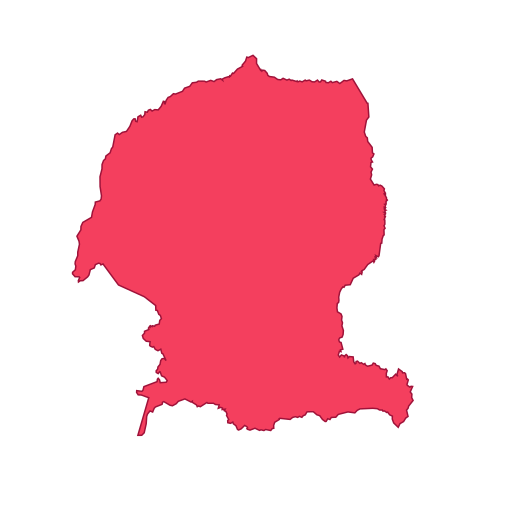 Juína, Mato Grosso, Brazil, rotated 190°
{"feature_id": "56859067B536957101827", "entity_name": "Juína", "entity_type": "district", "adm_level": 2, "iso_a3": "BRA", "parent_name": "Brazil", "parent_adm1": "Mato Grosso", "projection": "equal_earth", "projection_center": [-59.388, -11.492], "detail": "fine", "context": "isolated", "style": "filled", "palette": "rose", "viewbox_px": 512, "rotation_deg": 190, "n_neighbors": 0, "source": "geoboundaries", "source_scale": "gbopen_adm2", "svg_char_len": 6078}
<svg xmlns="http://www.w3.org/2000/svg" viewBox="0 0 512 512"><g transform="rotate(190 256 256)"><path d="M139.0,337.7L139.3,339.6L140.2,338.9L140.7,339.7L139.8,340.7L141.4,342.8L141.2,344.4L144.1,346.7L146.0,347.3L147.5,346.4L148.4,347.5L149.9,347.5L152.0,346.4L156.7,351.6L156.2,356.0L157.3,358.6L156.4,361.8L158.7,363.7L159.0,368.1L157.6,368.8L159.3,370.8L159.7,372.3L158.3,373.9L157.6,377.0L159.2,377.8L160.5,383.2L165.9,388.2L166.9,391.7L168.7,392.8L170.9,396.9L170.8,409.0L169.0,412.5L172.3,425.8L173.1,425.8L191.7,447.2L197.1,444.2L199.8,444.2L203.4,440.4L206.7,442.0L211.0,440.0L212.6,441.1L214.8,439.2L217.2,439.0L217.9,440.2L221.8,440.8L222.7,438.7L224.0,438.3L226.0,439.9L228.5,437.6L231.0,437.3L234.0,438.5L237.1,437.2L238.1,437.8L240.8,435.5L243.3,435.9L244.9,434.8L245.9,435.6L246.4,434.9L251.2,435.5L251.9,434.9L254.0,435.9L256.1,434.6L260.2,435.7L262.2,433.8L265.3,433.6L269.0,435.3L273.9,435.1L275.7,435.9L276.7,437.9L279.6,440.2L281.7,440.2L282.3,439.1L283.5,440.4L283.8,439.8L288.9,445.7L289.7,450.4L293.8,453.1L298.0,450.1L299.6,450.3L300.2,446.1L302.8,441.5L302.1,440.5L306.7,436.9L309.8,431.9L310.9,432.1L312.4,428.6L313.2,428.9L313.4,427.6L314.3,427.8L317.8,426.0L320.1,424.2L319.6,423.4L321.5,424.4L325.4,422.9L327.6,420.5L331.1,421.1L335.3,418.7L337.1,419.2L343.2,418.2L344.7,416.8L348.8,415.5L350.7,411.6L355.5,408.9L357.0,405.4L363.4,401.5L365.5,401.5L368.1,398.1L370.1,396.9L371.5,393.7L371.9,390.1L372.5,390.1L372.9,392.2L374.1,392.3L375.4,386.9L377.7,382.9L381.1,382.6L383.5,380.7L385.5,382.0L387.3,380.9L388.0,378.7L390.3,378.8L390.1,375.9L391.4,373.5L392.7,372.8L394.0,374.6L396.4,372.6L396.4,367.6L397.8,367.7L398.9,370.1L400.2,369.8L401.5,367.7L402.7,361.8L405.2,356.2L409.0,354.6L411.8,351.8L413.7,353.0L415.8,350.9L416.0,338.5L417.0,336.6L417.6,332.3L421.2,328.4L421.2,325.5L422.7,323.6L423.5,319.4L422.8,315.0L423.4,307.0L421.6,297.3L418.6,288.4L418.4,285.1L419.3,283.2L423.6,281.2L423.3,278.8L424.7,271.0L424.7,265.5L432.4,259.0L433.5,254.7L433.0,251.3L435.8,244.4L432.8,239.7L431.9,236.9L432.2,228.9L431.6,225.3L433.0,219.1L432.8,216.8L431.7,214.8L431.5,211.1L433.8,208.1L433.6,206.6L430.6,204.2L426.6,204.8L425.9,204.2L426.7,200.9L426.3,199.6L424.8,201.1L422.1,201.7L418.2,206.2L417.2,208.3L416.8,213.8L413.2,216.2L412.7,219.6L409.8,221.6L408.2,221.5L407.2,220.3L405.3,221.6L386.4,203.6L358.9,196.5L346.2,189.8L345.2,185.2L343.7,185.2L341.6,181.7L339.9,180.9L338.3,177.9L339.6,175.9L339.5,172.2L343.2,170.4L343.6,169.2L345.8,169.3L346.1,168.4L347.6,169.0L347.9,167.7L348.5,168.3L349.4,166.3L348.8,165.0L352.7,162.5L352.4,160.6L354.1,158.0L352.7,155.2L349.3,153.0L345.4,153.2L345.2,149.6L344.5,148.9L342.1,148.3L341.0,149.0L339.0,146.6L336.1,145.7L333.6,147.7L331.9,143.9L330.6,143.4L326.4,137.4L328.6,139.2L330.7,138.5L331.7,136.5L331.7,132.6L333.3,129.7L333.2,127.6L334.4,125.5L334.0,124.0L331.9,123.2L330.8,125.4L330.2,125.2L328.2,121.6L325.0,120.8L321.8,117.9L322.5,116.1L328.3,114.6L329.6,117.4L331.1,118.6L331.7,117.5L331.6,115.1L343.7,107.9L344.0,104.2L344.9,102.9L350.1,102.7L349.9,100.9L347.9,98.8L344.9,99.2L337.0,97.8L341.2,58.9L337.4,59.6L335.4,62.5L335.0,71.8L335.8,79.0L335.4,81.5L333.5,85.0L330.7,84.4L329.8,88.4L328.8,89.9L323.2,93.3L322.6,93.9L322.7,95.7L321.5,96.6L314.8,94.1L312.3,94.0L308.9,96.7L307.3,99.4L301.2,102.9L294.6,100.9L293.5,101.9L293.4,100.9L288.7,99.0L287.7,97.4L286.4,98.3L284.7,97.9L278.9,103.2L277.8,102.6L272.3,103.6L270.2,102.7L266.4,103.0L266.7,99.5L264.5,100.8L262.6,100.4L262.7,98.9L259.8,99.8L260.4,98.2L258.6,97.6L257.1,95.4L257.3,93.8L254.5,90.3L255.3,89.0L254.8,86.9L252.0,86.8L250.0,88.4L249.1,86.8L246.3,85.4L244.1,82.0L242.9,81.6L240.6,83.2L237.7,87.2L235.3,86.3L234.5,85.4L235.0,84.4L234.4,83.9L231.7,83.5L227.1,86.2L222.2,84.9L220.9,85.7L217.9,85.5L216.4,86.8L211.2,86.7L209.9,89.0L208.6,89.4L209.2,92.3L208.7,95.5L204.7,99.0L205.0,99.7L204.3,100.3L194.0,101.0L191.9,103.4L189.3,104.6L186.9,104.3L185.5,105.6L182.8,105.1L181.7,107.0L179.9,108.1L178.8,111.2L177.9,111.6L172.5,112.6L168.5,110.2L165.5,109.8L162.2,106.6L159.1,105.0L158.2,105.3L157.1,108.2L154.8,107.8L153.8,110.1L149.4,111.1L147.5,114.3L138.4,118.4L131.4,118.7L129.5,121.6L127.0,123.5L114.6,126.3L109.9,126.7L107.6,125.8L104.8,126.2L104.1,125.3L102.5,125.7L100.1,124.6L99.2,125.1L96.8,122.8L93.9,122.0L93.5,119.1L91.4,115.5L86.2,112.0L85.1,115.9L81.9,118.6L80.4,122.4L78.4,124.4L81.0,130.4L79.8,132.4L79.6,134.7L76.2,141.0L78.1,143.6L78.5,147.1L80.5,148.9L79.1,154.7L80.7,154.6L81.7,153.6L84.5,154.9L85.0,155.7L84.5,160.4L85.5,161.2L86.2,160.8L88.3,166.1L89.4,166.8L91.4,166.4L91.9,167.5L96.0,169.5L96.6,163.8L95.5,162.1L97.9,163.9L100.7,159.8L102.1,159.6L103.4,158.0L105.1,159.9L106.6,159.6L107.3,163.1L106.9,165.8L108.5,167.4L109.3,166.5L113.9,166.6L115.8,168.9L118.7,169.2L119.9,170.7L121.9,170.9L122.8,168.7L127.0,166.8L129.3,167.7L130.1,169.0L131.1,168.0L133.8,169.2L135.1,168.3L137.8,170.1L139.1,169.5L139.0,167.5L139.7,167.0L141.4,168.8L142.8,173.5L146.6,173.2L147.7,171.6L148.6,173.7L150.1,174.6L151.3,173.1L151.3,171.4L151.7,172.8L154.7,173.4L156.1,171.0L157.8,172.8L157.3,176.7L155.7,176.6L156.5,178.3L154.3,179.3L157.2,185.6L158.8,185.8L160.0,187.8L159.4,189.8L157.1,191.1L156.6,193.9L157.0,197.8L159.3,202.2L159.2,205.2L160.6,207.7L160.8,211.4L162.2,213.7L166.1,215.2L167.3,218.9L167.7,223.3L166.6,224.6L166.6,226.6L167.4,229.9L167.3,234.9L166.3,238.4L165.0,240.7L163.9,240.5L163.1,242.7L158.2,244.1L156.4,251.0L151.4,255.3L150.7,257.2L148.8,256.3L148.7,258.7L149.5,259.0L149.3,259.7L147.1,261.6L144.5,267.0L140.2,271.2L139.6,271.5L138.8,270.3L138.3,271.8L139.4,273.0L137.5,273.5L138.4,275.5L137.1,275.2L138.2,277.3L135.4,276.5L134.9,277.6L135.4,290.1L134.4,290.5L134.8,294.6L134.2,298.3L133.5,299.0L134.6,304.3L133.7,305.7L135.2,308.0L134.6,309.7L135.4,313.8L136.1,314.0L135.5,317.2L136.2,317.1L136.1,318.8L136.8,319.3L135.8,320.0L135.9,320.9L137.1,321.3L136.4,321.5L136.9,323.1L136.0,323.7L137.7,324.3L138.0,325.6L137.2,325.0L136.7,326.3L137.5,326.8L137.2,328.8L138.1,329.3L136.9,329.8L137.4,332.3L136.0,334.4L137.2,333.5L137.6,336.0L139.0,337.7Z" fill="#f43f5e" stroke="#9f1239" stroke-width="1.5"/></g></svg>